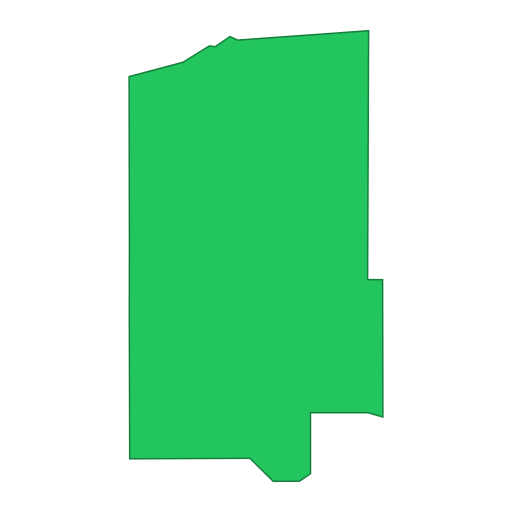 the district of Lawrence, Mississippi, United States of America
{"feature_id": "52423323B32105317711789", "entity_name": "Lawrence", "entity_type": "district", "adm_level": 2, "iso_a3": "USA", "parent_name": "United States of America", "parent_adm1": "Mississippi", "projection": "albers", "projection_center": [-90.094, 31.545], "detail": "fine", "context": "isolated", "style": "filled", "palette": "green", "viewbox_px": 512, "rotation_deg": 0, "n_neighbors": 0, "source": "geoboundaries", "source_scale": "gbopen_adm2", "svg_char_len": 412}
<svg xmlns="http://www.w3.org/2000/svg" viewBox="0 0 512 512"><path d="M382.9,417.0L382.8,364.6L382.7,321.5L382.6,279.7L367.6,279.6L368.6,30.7L237.7,40.1L229.9,36.6L215.2,46.7L209.4,45.9L183.1,62.2L129.1,76.6L129.1,78.0L129.4,230.4L129.4,252.2L129.3,315.6L129.7,458.8L249.9,458.3L273.2,481.3L299.4,481.2L310.5,473.7L310.5,412.7L367.8,412.7L382.9,417.0Z" fill="#22c55e" stroke="#15803d" stroke-width="1.5"/></svg>